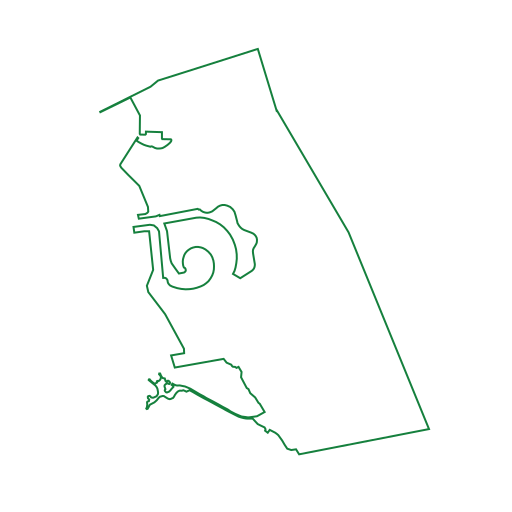 outline of 69, Al Daayen, Qatar, rotated 169°
{"feature_id": "91078587B70962484835494", "entity_name": "69", "entity_type": "district", "adm_level": 2, "iso_a3": "QAT", "parent_name": "Qatar", "parent_adm1": "Al Daayen", "projection": "robinson", "projection_center": [51.528, 25.422], "detail": "fine", "context": "isolated", "style": "outline", "palette": "green", "viewbox_px": 512, "rotation_deg": 169, "n_neighbors": 0, "source": "geoboundaries", "source_scale": "gbopen_adm2", "svg_char_len": 5108}
<svg xmlns="http://www.w3.org/2000/svg" viewBox="0 0 512 512"><g transform="rotate(169 256 256)"><path d="M216.7,458.7L295.8,449.5L318.7,446.9L327.2,442.3L381.4,427.3L381.3,426.9L349.1,435.6L343.1,416.1L346.8,398.1L346.5,397.3L342.0,396.3L341.5,396.2L340.8,396.7L340.3,399.1L336.5,398.2L324.7,395.5L325.9,389.4L325.7,388.6L317.3,386.8L317.0,386.4L317.0,385.7L317.5,384.7L319.1,383.4L321.7,381.9L324.9,380.5L327.2,379.8L329.0,379.8L330.7,380.0L332.7,380.4L334.5,381.3L336.6,383.0L337.4,383.5L338.1,383.6L338.8,383.4L342.7,385.3L344.9,386.6L347.0,388.2L349.3,390.1L351.1,391.8L351.0,392.3L349.1,394.2L349.7,395.0L371.6,372.0L372.1,371.0L372.0,369.9L371.3,368.2L366.1,360.2L357.2,347.1L352.7,324.8L353.3,320.1L354.4,319.1L356.6,318.3L364.0,318.9L363.9,315.0L346.8,314.0L342.9,314.8L342.8,313.5L304.2,313.4L303.4,312.5L302.7,312.4L302.3,312.4L301.0,310.7L299.4,309.3L297.5,308.3L295.7,307.7L293.9,307.6L292.2,307.8L290.4,308.2L286.5,310.2L283.8,311.7L281.6,312.3L279.4,312.5L276.9,312.0L274.6,310.9L273.9,310.4L272.0,309.1L269.9,306.3L268.7,303.5L268.3,299.9L267.9,293.5L267.9,291.9L267.3,290.1L266.6,288.4L265.6,286.7L264.4,285.2L262.7,283.8L256.2,279.8L254.3,278.4L253.2,277.0L252.4,275.5L251.9,273.8L251.9,272.0L252.2,270.6L252.7,269.0L253.4,267.9L255.0,266.0L256.9,264.0L257.8,262.5L258.2,261.0L258.4,258.9L258.7,248.1L259.1,246.6L259.7,245.2L260.5,244.0L261.7,243.0L263.0,242.2L275.7,237.2L282.0,242.8L279.9,245.5L278.3,248.6L276.7,252.7L275.4,256.9L274.6,261.4L274.3,266.4L274.6,270.7L274.7,271.4L275.6,276.5L277.4,282.0L279.4,286.0L282.1,290.3L285.2,293.9L288.8,297.1L289.3,297.4L292.0,299.2L295.5,301.4L299.6,303.3L303.6,304.5L307.3,305.0L337.7,305.4L339.8,305.4L338.6,297.4L340.7,270.1L340.6,267.5L340.2,264.9L337.8,259.5L335.0,253.5L330.6,253.5L329.8,253.5L328.9,253.9L328.1,254.5L327.7,255.2L327.6,256.5L328.0,257.7L329.0,258.5L329.3,260.5L329.2,262.6L328.9,264.7L328.3,266.7L327.4,268.5L326.3,270.5L325.0,272.1L323.1,273.7L321.2,274.8L318.5,275.9L316.2,276.3L313.5,276.4L311.2,276.0L308.9,275.1L308.2,274.8L306.6,273.9L304.9,272.5L304.3,272.0L302.0,269.3L300.1,266.1L299.8,265.2L299.1,262.9L298.9,261.0L298.7,259.8L298.8,256.6L299.2,253.9L299.9,250.9L301.1,247.9L302.7,245.3L304.8,242.8L306.3,241.4L307.5,240.3L310.1,238.8L312.9,237.5L316.1,236.7L320.2,236.1L323.7,235.9L327.2,236.1L331.3,236.7L335.5,237.9L339.5,239.5L343.9,241.9L346.0,243.5L347.0,245.1L347.5,246.4L347.6,247.5L347.5,249.1L348.0,250.4L348.7,251.4L349.8,252.0L351.3,252.2L346.5,298.7L347.7,302.2L350.4,305.5L354.2,306.9L370.7,307.9L371.0,302.1L360.9,301.6L356.2,300.7L359.6,262.0L368.8,247.6L368.6,241.1L358.6,220.9L356.3,216.2L344.4,178.7L345.1,174.3L358.3,174.6L357.0,162.0L307.4,161.2L305.2,156.9L301.0,154.0L300.5,152.5L299.8,151.7L297.6,151.1L296.5,149.9L294.3,150.5L292.3,144.9L293.8,139.8L290.3,128.2L288.8,126.8L287.8,122.4L283.8,117.3L281.6,111.4L280.5,110.2L277.3,101.2L285.6,98.5L293.0,98.9L294.7,99.1L297.5,100.1L300.8,101.2L302.8,102.5L306.5,105.0L310.8,108.4L311.9,109.6L313.1,110.8L317.5,114.3L321.2,117.5L326.2,121.6L332.0,126.2L334.1,128.2L337.6,131.0L345.8,138.3L350.6,141.5L352.9,142.4L355.5,143.5L358.1,143.9L359.2,144.3L360.6,145.2L362.4,146.7L363.4,145.6L361.9,143.8L362.0,143.3L364.2,141.7L365.7,140.4L367.3,139.4L369.5,139.0L370.3,139.4L370.8,140.2L371.2,141.0L371.2,141.6L370.9,142.1L370.3,142.6L370.6,144.4L370.7,145.3L370.6,146.0L370.3,146.6L369.7,147.1L368.7,147.6L368.0,147.8L367.2,147.8L366.6,147.6L366.2,147.2L365.6,146.9L364.9,147.3L364.5,148.2L365.0,149.3L365.7,150.2L366.8,150.4L367.4,149.6L367.7,149.5L368.1,149.7L368.7,150.7L368.9,153.2L370.7,153.9L371.1,154.3L371.4,154.9L372.2,157.0L372.3,158.0L372.6,159.0L373.4,159.1L373.5,158.8L373.7,158.4L373.2,157.6L372.7,156.7L372.4,155.5L372.5,155.0L373.3,153.3L374.3,152.4L375.5,151.8L376.3,152.1L376.7,152.2L377.2,151.9L377.1,151.3L377.2,150.7L379.8,149.9L381.1,151.2L382.2,152.5L383.3,154.0L383.9,155.2L384.3,155.3L384.7,155.3L384.9,155.0L385.0,154.7L379.4,148.0L378.5,146.1L378.1,144.5L378.1,142.1L378.2,140.4L378.7,139.0L380.4,137.3L382.5,136.8L383.8,136.5L384.9,136.7L386.0,137.3L386.5,138.4L387.1,139.0L388.5,139.0L389.1,138.4L389.2,137.0L388.2,135.4L388.9,133.9L389.9,133.9L390.5,133.7L390.9,133.0L391.1,130.8L392.0,128.3L392.8,127.2L392.4,126.6L391.5,126.7L390.0,128.5L388.9,129.9L388.2,130.4L387.4,130.6L383.7,131.7L381.0,133.3L378.4,135.5L377.1,136.2L375.6,136.3L374.4,136.4L373.2,136.1L371.1,134.1L369.8,132.9L369.2,132.5L368.2,132.0L367.1,131.9L366.0,132.2L364.5,132.5L363.4,133.5L362.0,135.2L360.4,136.7L358.6,137.9L356.8,138.4L355.2,138.1L354.5,137.9L353.0,138.1L351.6,137.2L350.2,136.1L346.8,136.9L344.1,134.7L339.9,131.0L334.3,126.3L331.0,123.7L326.6,120.1L324.1,118.0L319.8,114.5L317.2,112.4L315.3,110.7L312.3,108.3L310.0,106.5L305.9,103.3L303.7,101.6L301.5,100.4L299.2,99.3L296.6,98.3L294.3,97.8L290.6,97.1L290.0,96.6L288.8,94.6L286.4,90.7L283.4,88.4L280.3,86.1L279.7,84.2L280.4,82.8L278.2,80.3L275.7,82.7L270.9,78.9L269.5,77.4L268.3,75.9L265.5,69.8L263.9,65.2L262.1,60.9L258.4,58.8L253.6,58.6L251.5,53.1L119.2,53.1L160.6,261.5L207.9,395.5L208.1,395.3L214.7,458.9L216.7,458.7Z" fill="none" stroke="#15803d" stroke-width="2"/></g></svg>